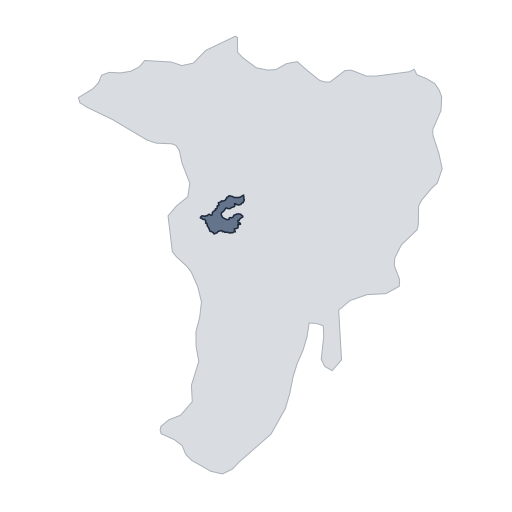 San José de Ocoa, San José de Ocoa, Dominican Republic shown in context, rotated 92°
{"feature_id": "3306468B57713364990292", "entity_name": "San José de Ocoa", "entity_type": "district", "adm_level": 2, "iso_a3": "DOM", "parent_name": "Dominican Republic", "parent_adm1": "San José de Ocoa", "projection": "equal_earth", "projection_center": [-70.491, 18.553], "detail": "fine", "context": "in_parent", "style": "filled", "palette": "slate", "viewbox_px": 512, "rotation_deg": 92, "n_neighbors": 0, "source": "geoboundaries", "source_scale": "gbopen_adm2", "svg_char_len": 6827}
<svg xmlns="http://www.w3.org/2000/svg" viewBox="0 0 512 512"><g transform="rotate(92 256 256)"><path d="M64.5,374.0L65.1,347.4L68.3,336.7L65.4,325.3L52.2,313.3L44.1,297.8L37.0,284.1L38.6,282.1L53.0,281.5L58.1,276.4L67.8,262.4L69.8,251.1L69.0,242.6L62.7,232.3L60.3,221.6L68.1,212.2L78.3,198.5L79.7,193.3L79.5,188.1L67.6,173.6L66.9,167.4L72.4,151.8L71.9,141.5L66.5,109.2L63.9,104.4L69.2,101.6L72.7,92.0L77.3,83.5L83.5,78.9L90.4,76.0L104.2,76.2L123.3,83.7L128.8,83.5L147.1,76.8L162.4,73.0L176.7,77.3L182.5,83.1L194.3,92.3L200.3,95.2L219.0,94.9L224.1,95.9L239.8,111.1L253.0,117.2L260.7,117.5L274.5,111.6L281.3,111.8L289.1,124.9L290.7,143.6L297.3,160.6L307.3,171.5L356.8,166.9L367.9,175.9L364.1,183.3L357.1,187.2L333.6,185.5L323.3,186.4L321.2,193.7L321.2,200.6L335.0,202.2L348.5,205.7L362.3,211.2L376.3,214.9L392.0,217.4L407.6,221.4L433.5,234.8L462.2,265.4L469.9,272.3L475.0,281.9L472.7,293.7L462.5,313.1L456.7,319.3L448.3,323.1L442.5,331.0L437.0,344.5L433.6,345.7L429.6,345.1L422.7,337.4L417.7,325.7L403.8,314.6L387.4,316.0L363.2,309.5L348.5,312.7L333.9,313.4L318.9,310.1L303.8,308.9L288.8,313.1L274.2,320.2L268.8,324.7L259.4,335.7L254.4,339.8L218.9,345.3L208.7,337.2L199.2,326.2L185.5,324.7L165.7,333.2L153.3,336.3L148.2,340.0L146.8,344.2L146.7,359.6L143.9,369.0L124.5,404.5L113.5,429.6L109.0,437.3L103.9,439.0L94.4,424.6L88.3,419.4L80.8,416.7L77.6,409.1L77.8,398.2L75.8,387.7L71.2,379.4L64.5,374.0Z" fill="#d9dde1" stroke="#a8b0b8" stroke-width="1"/><path d="M217.4,306.1L217.4,307.0L217.5,307.3L217.8,307.7L217.9,307.8L218.0,308.0L217.9,308.4L218.1,308.9L218.1,309.1L218.0,309.4L217.8,309.9L217.8,310.2L217.8,311.0L217.8,311.3L217.8,311.6L218.1,311.9L218.5,312.2L219.1,312.8L219.3,312.9L219.5,312.9L219.8,312.9L220.0,312.6L220.2,312.1L220.4,311.6L220.5,311.3L221.1,310.6L221.2,310.3L221.3,310.1L221.3,309.9L221.3,308.9L221.4,308.6L221.5,308.3L221.7,308.1L221.8,308.0L222.3,307.7L222.5,307.7L222.7,307.8L222.8,307.8L223.0,307.7L223.4,307.3L223.7,307.2L223.8,307.1L224.1,307.2L224.5,307.4L224.6,307.5L224.9,307.5L225.0,307.4L225.2,307.2L225.3,306.6L225.6,306.0L225.7,305.9L225.8,305.8L226.1,305.8L227.2,305.8L227.4,305.8L227.6,305.7L227.9,305.6L228.5,305.0L229.2,304.5L229.8,304.3L230.1,304.2L230.5,303.7L230.9,303.6L231.5,303.5L232.0,303.2L232.5,303.1L232.9,302.8L233.0,302.6L233.1,302.3L233.1,301.5L233.2,301.2L233.3,301.0L234.0,300.1L234.2,299.4L234.4,299.2L234.5,299.1L234.9,299.0L235.2,299.0L235.3,298.8L235.4,298.6L235.4,298.4L234.9,297.6L234.8,297.3L234.6,296.7L234.4,296.3L234.1,295.6L233.5,295.3L233.3,295.2L233.0,294.9L232.7,294.4L232.5,294.2L232.6,293.7L232.5,293.4L232.1,292.6L231.7,291.8L231.7,291.7L231.7,291.3L231.8,291.2L232.1,290.9L232.5,290.8L232.8,290.6L232.9,290.4L232.9,290.2L232.6,289.3L232.5,289.1L232.6,288.9L232.8,288.7L233.0,288.5L233.2,288.4L233.3,288.2L233.4,287.6L233.4,287.2L233.4,286.8L233.2,286.3L233.1,286.1L233.2,285.9L233.4,285.3L233.4,284.4L233.5,284.1L233.7,283.8L234.0,283.3L234.0,283.1L234.0,282.9L233.9,282.7L233.6,282.6L233.5,282.4L233.5,282.2L233.5,281.9L233.7,281.2L233.7,280.9L233.7,280.7L233.5,280.2L233.3,279.8L233.3,279.6L232.9,279.4L232.7,279.0L232.6,278.2L232.5,277.6L231.7,277.8L231.0,278.2L230.6,278.5L230.1,278.6L229.7,278.6L229.5,278.3L229.4,277.3L229.1,276.3L228.7,275.4L228.5,275.2L228.4,275.0L228.1,275.0L227.9,274.9L226.1,274.9L225.7,275.0L225.3,275.3L225.1,275.3L224.9,275.3L224.7,275.1L224.6,274.9L224.6,274.6L224.7,274.3L225.0,273.7L225.1,273.3L224.9,272.8L224.8,272.7L224.7,272.6L224.2,272.7L223.5,273.2L223.4,273.3L223.2,273.6L222.7,274.9L222.6,275.1L222.4,275.2L222.3,275.3L222.0,275.4L221.7,275.4L221.4,275.3L221.2,275.2L221.1,274.9L221.0,274.7L220.9,274.3L220.9,274.1L220.7,274.0L220.3,273.9L219.6,273.4L219.4,273.3L219.2,273.0L218.1,271.7L217.9,271.3L217.7,270.8L217.6,270.6L217.3,270.5L216.9,270.7L216.4,270.8L216.1,271.2L215.9,271.6L215.8,271.8L215.7,272.0L215.3,272.3L215.0,272.5L214.6,273.5L214.6,273.8L214.6,274.4L214.6,276.0L214.6,276.3L214.6,276.5L214.8,276.9L215.3,277.6L215.5,277.9L215.6,278.2L215.7,278.9L215.8,279.2L216.0,279.4L216.2,279.6L216.5,279.8L217.2,279.9L217.5,280.0L217.9,280.4L218.5,281.2L218.6,281.5L218.7,281.9L218.5,282.3L218.5,282.7L218.5,283.2L218.6,283.6L218.8,283.9L219.1,284.2L219.3,284.2L219.6,284.1L219.8,284.0L220.0,284.1L220.3,284.4L220.5,284.8L220.6,285.1L220.6,285.5L220.6,286.2L220.6,286.5L219.8,288.5L219.3,289.3L219.1,289.8L219.0,290.1L218.7,290.5L218.4,290.9L218.2,291.0L217.9,291.2L217.5,291.3L216.4,292.0L216.2,292.0L215.8,292.1L214.7,292.1L214.2,292.1L213.8,291.9L213.7,291.8L213.6,291.6L213.4,291.2L213.3,290.9L213.0,290.6L212.8,290.4L212.4,290.1L211.7,289.4L211.4,289.2L211.0,288.9L210.7,288.8L210.3,288.5L210.0,288.3L209.6,288.1L209.3,287.9L209.2,287.8L209.1,287.7L209.0,287.3L209.3,286.6L209.5,286.1L209.6,285.8L209.6,285.3L209.6,284.4L209.6,283.7L209.4,283.2L209.2,283.0L208.9,282.8L208.7,282.6L208.2,281.6L208.1,281.2L207.9,280.6L207.7,280.2L207.4,279.4L206.8,279.0L206.6,278.9L206.4,278.9L206.0,278.9L205.8,278.9L205.3,279.2L204.9,279.3L204.7,279.3L204.4,279.2L204.3,278.9L204.3,278.7L204.4,278.3L204.6,278.1L204.9,277.8L205.0,277.7L205.3,277.3L205.3,277.1L205.4,276.3L205.6,275.5L205.7,275.2L205.6,274.9L205.6,274.7L205.4,274.3L205.3,273.9L204.9,272.9L204.7,272.7L204.2,272.4L203.6,271.9L203.3,271.2L203.1,270.7L202.5,270.7L202.3,270.6L202.0,270.4L201.6,270.0L201.4,269.9L201.1,269.8L200.6,269.7L200.1,269.7L199.9,269.8L199.7,269.8L199.3,270.1L199.0,270.2L198.6,270.2L197.5,270.2L197.1,270.2L196.8,270.3L196.3,270.5L196.1,270.6L195.7,270.6L195.8,271.0L196.0,271.4L197.2,273.0L197.7,273.7L197.8,274.0L197.9,274.6L198.1,275.2L198.2,275.5L198.2,276.3L198.2,279.5L198.2,280.0L198.1,280.5L197.8,280.8L197.6,281.0L197.2,282.0L197.1,283.2L196.9,283.8L196.8,284.1L196.8,284.5L196.8,284.9L196.9,285.1L196.9,285.3L197.1,285.5L197.5,285.7L197.8,286.0L198.1,286.4L198.3,287.0L198.5,287.3L198.8,287.4L199.3,287.5L199.6,287.5L199.8,287.7L200.3,288.2L200.5,288.2L201.0,288.4L201.1,288.5L201.3,288.7L201.4,288.8L201.6,289.4L202.0,290.1L202.3,290.9L202.3,291.2L202.2,291.6L202.1,291.9L202.1,292.2L202.2,292.5L202.3,292.6L202.7,292.9L203.0,292.9L203.1,293.1L203.5,293.7L203.6,294.2L203.9,295.1L204.1,295.4L204.2,295.5L204.4,295.5L204.6,295.5L205.1,295.3L205.6,295.1L206.1,294.8L206.3,294.7L206.5,294.8L206.8,295.1L207.0,295.6L207.1,296.2L207.2,296.4L207.3,296.4L207.4,296.5L207.7,296.6L209.0,296.5L209.5,296.6L209.8,296.8L210.1,297.0L210.3,297.5L210.3,298.1L210.5,298.3L210.8,298.3L211.1,298.1L211.3,298.0L211.5,298.0L212.2,299.2L212.6,299.6L213.5,300.7L213.8,301.0L214.0,301.1L214.4,301.1L214.9,301.1L216.0,301.1L216.3,301.2L216.5,301.3L216.6,301.5L216.8,301.7L216.9,301.9L216.9,302.1L216.8,302.4L216.7,302.8L216.3,303.2L216.2,303.3L216.1,303.5L216.0,303.9L216.0,304.3L216.0,304.5L216.1,304.8L216.3,305.1L216.6,305.4L216.8,305.6L217.2,305.7L217.3,305.9L217.4,306.1Z" fill="#64748b" stroke="#1e293b" stroke-width="1.5"/></g></svg>